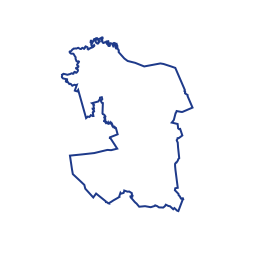 outline of Rugāju pag., Rugaju, Latvia, rotated 70°
{"feature_id": "27541924B16016350792540", "entity_name": "Rugāju pag.", "entity_type": "district", "adm_level": 2, "iso_a3": "LVA", "parent_name": "Latvia", "parent_adm1": "Rugaju", "projection": "albers", "projection_center": [27.003, 57.014], "detail": "fine", "context": "isolated", "style": "outline", "palette": "blue", "viewbox_px": 256, "rotation_deg": 70, "n_neighbors": 0, "source": "geoboundaries", "source_scale": "gbopen_adm2", "svg_char_len": 5745}
<svg xmlns="http://www.w3.org/2000/svg" viewBox="0 0 256 256"><g transform="rotate(70 128 128)"><path d="M55.4,171.8L56.2,171.9L57.1,172.6L57.8,172.7L59.2,172.1L61.4,168.6L61.7,168.7L61.5,169.3L62.0,169.4L62.0,169.7L62.4,170.2L63.1,170.5L63.9,169.8L64.0,169.3L64.5,168.9L64.3,168.8L66.6,168.1L66.6,167.3L66.9,166.9L67.2,166.6L69.1,166.0L69.3,165.7L69.1,165.2L69.1,163.4L69.9,162.4L69.9,161.3L74.7,165.2L75.0,164.9L76.5,162.8L75.6,162.3L75.2,161.8L104.4,164.0L103.8,162.5L103.5,162.0L104.4,160.4L103.2,158.5L104.7,157.1L104.9,156.4L101.3,155.8L101.0,155.4L101.2,155.0L100.7,154.1L99.5,154.1L98.5,154.7L97.7,154.6L98.0,153.3L94.7,152.7L94.7,152.1L94.4,152.1L92.4,153.3L92.9,146.8L91.2,144.6L89.9,143.9L90.1,142.1L92.1,142.3L92.4,142.7L92.9,143.9L93.4,144.2L95.3,144.0L95.5,143.8L96.0,143.1L105.6,147.0L106.3,146.9L107.0,146.1L108.0,145.6L108.6,145.6L109.1,145.3L109.6,145.3L110.0,145.7L109.8,145.8L109.6,145.6L109.4,145.7L109.8,146.7L110.8,146.7L110.9,146.3L111.2,146.2L112.0,146.4L111.8,146.7L111.9,146.9L112.6,147.1L112.9,147.9L113.3,148.1L113.4,147.9L113.8,147.8L114.2,147.4L113.8,147.0L113.8,146.8L114.4,146.9L114.6,147.3L115.1,147.2L114.8,146.9L114.8,146.6L114.9,146.4L115.0,146.4L115.1,146.7L115.3,146.8L115.5,146.6L115.9,146.5L116.5,146.0L116.1,145.3L116.4,145.4L116.5,145.1L117.4,144.8L117.4,144.6L116.7,144.3L117.0,144.2L116.9,143.9L117.4,143.8L117.6,143.4L117.5,142.9L117.0,143.2L117.0,142.9L116.8,142.7L117.3,142.6L117.2,142.2L117.3,141.8L117.8,141.8L117.8,142.1L117.9,142.3L118.3,142.4L118.6,142.2L118.5,141.9L118.7,141.7L119.2,142.0L119.8,142.0L119.9,141.8L120.1,141.7L120.5,141.7L120.7,142.0L121.3,141.9L121.5,141.8L121.3,141.6L121.7,141.6L121.6,141.2L122.1,140.9L122.1,140.6L122.4,140.6L122.2,140.3L122.3,140.2L122.6,140.1L122.6,140.4L123.2,140.3L123.9,140.0L124.1,139.7L124.1,139.4L130.4,139.9L130.6,148.2L131.3,148.5L131.6,148.0L132.4,147.8L143.7,145.2L143.1,151.2L142.4,153.0L141.7,154.4L141.5,155.2L140.0,168.3L137.1,180.2L134.1,192.0L147.8,194.8L152.4,195.6L152.7,195.5L166.5,188.5L170.4,188.9L181.4,184.4L178.7,180.4L188.6,174.4L189.2,174.0L190.1,174.1L190.7,173.0L192.0,172.3L192.4,171.7L192.1,171.7L191.7,169.4L191.0,166.4L190.2,161.6L189.8,159.6L189.4,159.7L186.4,157.3L187.3,157.1L187.5,154.4L186.1,153.2L185.5,152.9L187.7,150.2L188.1,148.6L190.5,146.7L192.1,147.2L193.0,146.8L194.1,147.5L194.2,148.3L193.5,148.2L193.5,148.9L192.2,149.0L194.1,149.2L195.7,148.5L199.5,147.1L201.0,146.4L201.7,145.9L205.8,144.4L207.3,138.7L210.2,133.7L210.4,129.0L210.1,128.8L211.3,127.4L213.2,126.0L214.8,122.1L214.1,120.1L213.0,118.7L215.1,116.7L215.9,115.3L219.8,113.3L219.1,111.8L222.5,110.1L223.3,109.1L214.7,101.7L214.2,101.6L213.9,100.5L212.8,100.5L212.3,102.4L209.8,102.7L208.5,103.4L207.2,103.1L202.5,105.2L200.8,104.2L201.2,101.7L183.4,97.7L180.0,96.8L177.9,96.1L177.0,95.0L176.8,94.4L177.0,94.2L175.7,92.4L174.4,91.3L173.9,90.2L163.4,87.6L158.5,86.2L157.7,86.4L156.1,86.4L155.4,85.4L154.5,84.9L154.8,83.5L153.6,79.5L146.7,79.3L146.6,80.3L145.5,81.0L141.2,80.0L137.9,85.0L136.7,83.0L136.0,82.1L131.2,78.8L130.3,78.2L130.1,77.7L128.7,76.5L131.2,72.3L131.5,71.3L130.9,60.4L118.5,61.1L117.4,60.7L115.0,62.5L114.6,62.2L114.2,62.3L113.4,61.9L112.6,62.3L112.2,61.8L111.7,61.8L111.5,61.6L87.7,63.0L85.0,66.3L80.0,72.7L78.4,75.5L75.7,91.7L69.2,99.0L64.9,105.4L61.4,107.7L53.6,110.8L53.1,110.5L52.3,110.5L51.9,110.1L51.0,110.2L50.2,110.6L49.3,110.5L49.5,111.3L49.3,111.9L49.1,112.0L47.9,112.1L47.0,111.2L46.4,111.2L46.2,110.9L46.4,110.7L47.7,110.8L48.0,110.6L48.0,110.4L47.5,110.0L46.6,109.9L45.4,110.1L45.0,110.0L44.9,110.3L44.1,111.0L43.3,112.0L43.3,112.4L43.6,112.5L45.1,112.1L45.4,112.2L45.9,113.2L46.4,113.7L46.4,113.9L44.4,114.1L44.1,113.8L43.6,113.8L43.3,114.3L43.0,114.5L42.3,115.5L42.2,115.8L42.7,116.0L43.1,116.9L43.5,116.5L44.5,116.9L44.6,117.1L44.6,117.5L44.3,118.1L44.0,118.3L43.2,118.2L42.1,118.9L41.3,119.0L41.2,118.7L41.8,118.0L41.7,117.5L40.5,117.4L39.9,116.8L39.7,116.8L39.3,118.8L39.4,119.0L40.0,118.9L40.2,119.0L39.4,121.0L39.8,121.7L39.8,121.9L39.5,122.3L38.6,122.6L37.5,122.8L37.0,122.5L36.6,122.0L36.4,122.0L36.2,122.4L35.7,122.9L35.1,122.9L34.8,122.8L34.6,122.3L34.7,121.9L34.9,121.3L34.8,121.0L34.2,121.0L34.0,121.3L34.0,122.0L34.2,122.5L34.5,124.6L34.8,125.6L35.5,125.7L36.2,125.4L36.6,124.9L36.9,124.8L37.3,125.3L37.1,125.9L37.1,126.3L38.3,126.9L38.4,127.4L38.2,127.9L37.4,128.5L35.9,128.9L35.1,128.8L34.1,128.1L34.0,127.6L34.3,126.9L34.3,126.4L34.1,126.0L33.8,125.9L33.1,126.2L32.8,126.9L32.7,127.2L33.0,128.2L32.9,129.2L33.0,129.7L33.2,129.9L34.0,130.1L34.9,131.4L34.8,131.8L33.5,132.5L33.4,132.8L33.3,133.1L34.7,133.9L35.1,133.8L35.8,133.3L35.7,132.8L35.9,132.5L36.5,132.9L36.7,133.8L36.8,133.9L38.2,134.1L38.8,133.9L38.9,133.3L39.3,132.8L38.7,132.0L38.5,131.5L38.9,131.4L39.4,131.7L40.0,133.2L40.1,134.7L40.0,136.1L40.2,136.5L40.1,136.9L40.5,137.7L40.6,138.5L39.8,138.9L39.1,138.5L38.2,138.5L36.8,139.9L36.9,140.2L37.3,140.7L37.9,141.0L38.2,141.4L38.6,142.2L38.2,142.6L37.5,142.9L37.2,143.1L37.1,143.7L37.7,145.1L37.4,145.8L36.7,146.5L36.3,146.8L35.6,147.4L35.6,148.0L35.7,148.9L35.7,149.4L35.2,150.3L35.1,151.1L34.8,151.8L34.8,152.0L35.1,152.7L35.3,153.6L36.0,154.6L36.3,155.5L36.4,156.0L36.2,156.6L36.4,156.8L37.2,156.9L38.5,156.2L38.8,155.8L39.3,154.4L39.5,154.0L39.9,153.8L42.7,153.3L43.6,153.0L45.0,153.6L47.7,153.5L48.2,153.0L48.4,151.7L48.8,151.4L49.5,151.9L50.0,152.8L51.1,154.2L51.7,154.2L52.9,153.5L53.5,153.7L53.9,154.4L53.7,155.8L53.8,156.2L54.0,156.4L54.6,156.3L55.5,155.4L55.9,155.2L56.7,155.3L57.4,155.8L58.2,157.0L58.4,157.7L58.1,158.2L57.2,158.6L57.0,158.8L57.0,159.2L57.7,160.2L58.3,160.7L58.3,161.0L58.2,161.3L57.4,162.0L57.3,162.4L57.5,164.1L57.3,165.7L57.3,166.4L57.1,167.0L56.5,167.8L55.0,170.1L55.0,170.4L55.4,171.2L55.4,171.8Z" fill="none" stroke="#1e3a8a" stroke-width="2"/></g></svg>